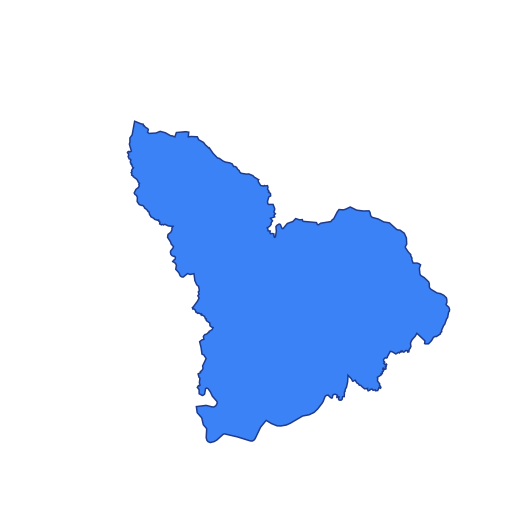 the district of Mueang Chanthaburi, Chanthaburi, Thailand, rotated 328°
{"feature_id": "78962969B33919440626179", "entity_name": "Mueang Chanthaburi", "entity_type": "district", "adm_level": 2, "iso_a3": "THA", "parent_name": "Thailand", "parent_adm1": "Chanthaburi", "projection": "albers", "projection_center": [102.113, 12.63], "detail": "fine", "context": "isolated", "style": "filled", "palette": "blue", "viewbox_px": 512, "rotation_deg": 328, "n_neighbors": 0, "source": "geoboundaries", "source_scale": "gbopen_adm2", "svg_char_len": 6152}
<svg xmlns="http://www.w3.org/2000/svg" viewBox="0 0 512 512"><g transform="rotate(328 256 256)"><path d="M207.9,94.0L205.9,101.0L204.0,100.9L203.8,100.0L203.4,99.8L202.5,99.8L201.7,100.3L202.0,101.6L201.5,103.0L200.3,103.8L199.9,106.5L200.7,107.2L200.8,108.3L199.8,108.9L198.9,110.5L199.2,111.7L198.7,112.0L199.1,112.7L198.6,113.8L198.5,115.6L198.8,116.3L197.0,116.8L195.7,117.7L195.5,118.8L194.3,119.1L194.4,120.4L193.4,121.5L194.2,122.9L193.9,123.5L195.6,128.0L195.3,131.6L195.7,132.6L194.6,133.2L194.1,134.7L192.5,135.6L189.5,135.9L186.1,138.0L186.0,139.6L186.7,141.2L186.5,143.4L184.1,146.8L184.2,150.4L185.6,152.3L186.8,153.1L187.2,155.3L186.9,156.3L187.4,157.1L188.1,159.8L188.0,161.1L188.6,162.0L187.6,164.7L188.0,165.6L187.6,166.9L189.3,169.9L189.4,171.1L191.5,173.6L192.2,173.5L192.5,174.2L192.0,175.2L192.5,176.4L191.3,177.7L192.3,179.5L193.4,179.6L194.0,180.6L195.5,180.8L197.6,184.1L201.4,186.9L199.5,187.7L198.6,189.3L196.3,190.7L192.8,191.1L190.9,193.3L191.0,198.7L190.4,201.0L191.0,204.3L189.7,205.3L186.3,206.5L185.5,207.3L184.7,209.5L185.0,211.2L186.1,212.8L186.8,213.2L187.0,214.3L185.7,215.9L183.8,216.0L182.4,216.6L183.5,218.4L183.8,220.7L183.4,221.9L180.9,224.7L181.7,229.3L181.2,232.8L182.1,234.6L183.3,235.3L188.6,234.6L190.4,236.8L194.0,238.1L191.1,244.5L190.5,249.0L191.2,251.2L190.3,253.8L189.3,255.6L188.0,255.9L187.5,258.2L185.6,258.9L185.5,261.5L182.2,263.4L175.6,266.0L174.7,266.0L174.4,267.6L175.2,267.6L175.8,269.7L175.3,271.8L175.9,272.2L175.8,272.9L176.3,273.9L177.1,273.9L178.4,275.9L178.3,276.9L179.1,276.5L179.0,277.5L180.0,279.2L180.3,280.5L179.8,282.4L180.5,283.1L179.8,283.9L179.8,284.8L181.3,288.3L180.0,290.8L180.7,292.8L181.7,293.9L179.7,295.2L176.2,295.1L175.6,295.8L174.9,295.6L173.7,296.0L172.3,296.0L171.1,295.5L169.2,296.1L168.7,296.4L167.7,299.0L165.6,298.5L162.8,298.8L160.9,304.5L158.2,310.6L159.3,312.2L159.4,316.5L152.4,321.0L151.6,323.2L149.8,324.3L147.5,324.6L147.2,325.5L144.4,325.3L143.4,328.7L143.7,329.9L140.8,333.5L140.1,335.9L139.3,336.1L138.6,335.4L136.6,336.3L136.9,339.2L134.8,342.7L136.6,345.9L137.9,346.1L139.3,345.8L142.9,341.8L144.1,341.8L145.0,342.8L145.3,347.0L144.7,351.7L145.8,358.6L145.2,360.2L142.7,361.7L140.2,361.7L138.7,360.6L134.6,356.3L125.6,352.1L123.1,357.7L124.2,364.5L121.9,371.2L122.6,375.4L122.5,376.6L117.4,383.8L116.7,386.4L117.0,388.1L118.4,390.0L122.2,391.2L125.4,391.3L133.6,389.8L135.0,390.1L144.4,399.6L153.2,409.8L154.7,410.9L156.5,411.1L158.4,410.5L169.2,403.6L177.5,400.8L180.3,406.3L183.9,411.2L187.0,413.3L192.1,415.4L196.5,416.0L210.8,416.4L216.9,418.8L222.4,419.4L227.2,418.4L234.0,415.9L235.8,415.0L240.2,411.7L241.8,411.5L243.4,412.2L244.2,415.6L245.0,416.7L245.6,416.7L246.9,415.2L248.2,414.5L250.1,415.3L251.2,417.2L249.7,418.4L249.7,418.9L251.4,419.1L251.8,419.5L250.2,420.9L250.1,422.0L250.7,422.8L252.1,423.4L253.2,423.1L254.8,421.2L256.3,422.0L259.0,418.1L259.7,418.1L260.8,416.6L263.3,415.1L267.0,411.3L270.8,405.9L271.8,410.6L271.6,413.3L272.1,413.7L274.3,413.8L274.3,417.2L275.1,418.4L275.1,420.2L276.4,421.4L276.6,422.9L277.7,426.2L280.4,427.4L279.8,427.9L279.7,429.8L281.5,430.1L282.2,429.7L283.9,430.3L284.1,431.9L286.1,432.6L285.9,433.6L287.9,434.6L290.8,432.7L291.4,434.1L292.1,433.9L292.5,432.5L292.2,431.1L293.1,430.0L292.8,426.3L294.2,424.6L294.6,423.2L298.9,423.2L299.6,422.3L299.9,422.8L300.4,422.7L301.3,422.2L301.5,421.2L302.7,421.2L304.0,420.3L303.6,419.1L304.4,418.4L304.9,418.7L305.0,420.3L306.4,420.6L307.1,419.5L307.0,418.6L307.9,418.6L308.1,418.0L309.3,417.4L309.2,416.5L307.9,416.4L307.5,414.6L308.9,414.2L308.6,412.6L309.4,411.3L311.6,410.8L312.7,411.7L313.5,411.7L313.9,411.1L319.4,408.0L320.9,409.6L322.7,413.2L325.7,413.2L326.2,414.2L328.5,413.5L328.4,414.3L329.8,414.2L329.8,415.2L330.5,415.9L333.0,415.5L334.5,416.8L333.8,417.4L333.8,418.0L334.9,418.2L336.5,416.3L337.5,416.1L339.4,414.9L340.7,412.0L342.2,410.7L344.3,409.6L348.5,408.4L351.5,406.8L354.3,417.5L352.6,419.6L353.1,420.3L355.8,421.9L360.0,420.8L363.4,419.0L365.1,419.1L366.2,419.9L371.1,419.8L371.9,418.8L373.4,418.6L373.9,417.4L378.4,414.3L379.7,414.0L384.1,410.5L385.9,409.7L389.6,405.7L390.7,405.3L391.8,404.0L392.4,401.6L391.5,398.6L391.6,397.7L393.2,396.6L394.7,394.1L395.3,392.3L394.4,388.8L392.5,385.6L390.0,383.4L386.7,376.9L386.4,375.4L386.5,374.3L388.3,371.3L388.7,369.4L387.2,363.4L385.4,359.9L385.4,358.3L388.0,353.0L390.9,350.7L390.0,348.7L388.8,347.3L385.5,345.3L386.2,341.7L387.2,340.4L387.3,338.0L388.0,336.8L387.3,333.6L387.1,328.2L387.7,327.1L390.1,325.8L393.1,320.4L393.8,315.2L391.8,310.3L390.0,309.0L389.3,307.8L386.7,298.6L382.3,294.7L379.3,289.4L375.0,284.8L374.6,282.7L375.8,279.4L375.8,277.6L371.0,274.8L365.7,270.5L361.9,264.4L356.8,263.8L354.6,263.2L351.0,260.6L348.4,261.6L341.7,265.6L339.8,265.7L337.8,266.5L328.3,262.5L325.4,262.6L324.7,261.8L325.0,259.7L314.5,251.7L314.1,251.0L314.6,249.7L312.1,248.4L309.5,245.3L305.6,246.3L299.8,245.0L293.6,247.1L292.9,246.8L292.7,246.2L293.3,242.2L293.0,241.5L292.2,241.1L290.0,241.1L288.5,241.6L286.3,245.9L282.9,249.7L281.9,250.2L281.5,249.9L282.1,247.8L282.9,246.9L282.1,245.8L280.1,244.6L280.2,243.4L281.3,242.4L279.6,241.0L280.4,239.4L280.4,238.0L282.9,238.1L284.5,237.7L285.7,237.1L286.3,235.9L288.7,234.9L288.2,231.7L292.6,232.7L292.8,231.3L293.3,230.7L294.8,230.5L294.4,228.6L294.9,227.6L295.8,227.2L296.9,225.9L297.8,221.3L294.1,219.0L293.7,218.0L294.6,215.9L298.1,212.7L300.3,212.8L301.4,210.6L300.5,208.4L301.3,208.0L301.2,205.4L302.6,204.0L303.0,202.4L300.7,201.3L300.5,200.7L299.2,200.5L297.3,198.7L297.3,194.4L298.1,192.6L298.6,192.6L296.4,188.4L295.9,186.1L293.4,182.6L291.3,181.5L287.2,177.9L286.7,175.8L287.0,174.7L286.3,172.5L286.5,170.5L285.5,168.8L284.4,168.2L284.6,165.3L283.1,163.1L279.8,160.1L278.3,157.9L276.6,153.7L275.3,152.5L274.0,146.3L273.7,139.6L273.3,139.7L271.9,134.8L271.7,131.9L269.0,127.0L269.4,123.8L264.5,120.4L261.7,119.0L264.6,115.4L262.4,113.4L253.9,109.1L250.3,112.0L248.7,109.8L247.4,108.9L244.4,103.4L240.8,99.5L236.3,98.7L230.3,95.4L229.6,93.6L231.6,91.9L231.7,90.7L230.4,88.1L230.2,86.1L229.6,85.9L230.2,84.5L228.5,82.9L224.5,77.4L215.2,87.6L211.6,89.1L209.5,92.5L207.9,94.0Z" fill="#3b82f6" stroke="#1e3a8a" stroke-width="1.5"/></g></svg>